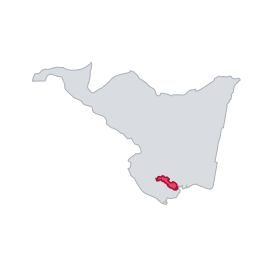 location of Moungo, Littoral, Cameroon, rotated 280°
{"feature_id": "32672807B47378783864223", "entity_name": "Moungo", "entity_type": "district", "adm_level": 2, "iso_a3": "CMR", "parent_name": "Cameroon", "parent_adm1": "Littoral", "projection": "albers", "projection_center": [9.759, 4.725], "detail": "fine", "context": "in_parent", "style": "filled", "palette": "rose", "viewbox_px": 256, "rotation_deg": 280, "n_neighbors": 0, "source": "geoboundaries", "source_scale": "gbopen_adm2", "svg_char_len": 5017}
<svg xmlns="http://www.w3.org/2000/svg" viewBox="0 0 256 256"><g transform="rotate(280 128 128)"><path d="M59.6,175.3L60.1,173.9L64.0,167.4L66.4,156.9L67.5,154.4L68.6,152.8L74.3,147.2L76.3,145.4L79.4,143.3L81.5,139.2L82.3,138.8L83.2,138.5L88.0,135.0L88.5,135.7L88.8,136.5L89.1,136.9L90.7,137.1L92.9,137.1L94.1,136.9L94.8,136.2L95.4,134.2L95.8,133.9L96.3,133.8L98.7,135.1L102.5,138.9L103.5,139.6L103.9,140.3L104.8,143.8L105.3,144.7L106.1,145.0L107.6,144.8L109.2,144.2L110.6,143.3L111.9,142.1L112.8,141.1L113.2,140.3L113.4,137.5L113.7,136.9L118.8,132.8L118.6,132.4L117.8,131.2L117.1,130.0L117.8,128.7L118.6,127.7L121.5,124.3L121.6,121.8L124.0,117.9L125.3,112.8L125.3,111.8L128.3,106.1L131.5,105.6L132.8,104.8L134.2,103.4L135.1,102.1L135.5,100.9L135.8,98.5L136.4,95.8L136.7,93.4L137.7,91.2L139.3,90.1L142.0,89.1L142.5,88.7L142.8,87.2L143.2,82.4L143.7,80.2L146.2,77.8L147.4,74.0L148.3,70.0L151.2,65.2L154.6,60.4L156.2,59.1L157.6,58.5L159.1,58.4L160.1,58.1L163.8,55.7L165.3,54.8L166.5,54.0L166.7,53.3L166.8,52.2L166.5,49.8L167.1,48.0L167.4,45.2L167.6,43.0L167.4,42.2L166.8,41.0L165.6,39.6L163.8,38.8L161.3,38.6L159.9,38.1L159.4,35.6L159.2,34.1L157.5,25.8L160.7,25.8L164.5,26.7L165.5,27.5L166.0,30.3L167.4,31.9L169.9,33.2L171.4,35.9L172.1,40.1L173.4,42.6L173.7,43.0L175.7,47.6L175.8,49.8L175.7,51.3L176.4,53.1L175.3,56.2L175.0,58.1L174.9,60.7L175.6,65.4L176.8,69.0L178.0,72.0L179.4,74.2L181.6,76.7L183.9,79.0L186.2,80.4L184.1,81.3L180.2,81.5L177.9,81.0L176.9,81.0L175.8,81.3L171.6,81.7L167.3,81.6L163.4,81.0L161.0,81.1L159.2,82.5L157.7,84.7L156.3,86.3L156.8,88.2L157.9,89.2L159.9,91.4L161.8,93.6L162.7,95.1L166.4,98.2L169.9,101.1L171.6,102.1L172.2,102.3L174.1,103.9L176.8,106.6L179.2,110.8L182.7,119.2L183.4,119.9L184.6,120.3L184.8,121.2L184.7,122.5L184.3,123.6L181.6,128.1L179.3,129.8L178.6,130.8L177.7,133.4L175.5,138.4L174.6,139.2L172.5,142.6L170.8,146.9L170.3,147.6L169.6,148.1L167.1,149.2L166.3,149.7L165.0,151.1L164.8,151.9L165.4,153.2L166.1,154.1L167.5,154.1L168.2,155.0L168.2,161.7L167.6,162.7L167.7,163.2L167.4,164.3L167.3,165.6L167.5,166.1L168.0,166.5L168.7,167.4L169.1,169.4L170.0,176.6L170.4,177.8L171.1,178.6L173.3,180.1L175.7,182.1L176.4,183.4L176.9,185.6L177.8,187.3L177.7,187.9L177.4,188.1L175.9,188.3L176.4,189.5L177.6,191.7L183.6,198.3L189.4,204.2L190.7,204.6L191.7,204.7L192.1,205.1L192.7,205.9L194.6,208.1L194.9,209.3L194.5,210.5L195.0,212.4L195.3,213.0L195.2,213.6L195.4,215.9L196.0,217.9L196.8,219.5L196.7,220.7L195.6,221.4L195.0,222.5L194.8,224.0L195.2,225.9L196.1,228.1L196.1,229.4L194.7,230.2L193.2,228.7L191.5,227.7L188.9,226.0L186.4,225.4L183.1,225.3L181.7,225.5L179.2,224.1L178.5,223.9L177.4,224.5L176.6,224.5L175.7,224.3L173.8,224.4L173.6,223.3L173.3,223.1L171.3,223.3L170.7,222.4L170.4,222.5L169.6,222.2L168.0,221.0L166.3,221.9L162.7,221.8L144.8,221.9L144.4,220.7L143.5,220.2L141.9,220.1L137.1,220.4L133.5,220.2L131.1,219.8L128.0,219.5L124.3,219.7L120.4,219.7L113.6,219.5L109.8,219.5L109.9,220.2L109.6,220.7L109.4,221.9L85.1,221.9L83.2,221.1L82.6,220.6L82.4,219.6L81.9,219.5L82.3,215.2L83.1,211.7L83.4,208.4L84.6,205.5L84.0,202.6L83.3,201.4L79.6,197.3L81.3,195.7L79.1,195.9L78.6,194.4L77.5,192.6L78.2,192.3L78.8,191.3L80.8,191.6L80.7,191.1L79.0,189.6L79.2,188.8L79.9,187.9L79.6,187.6L78.3,188.4L77.4,188.4L76.7,187.8L76.2,187.7L76.5,188.9L75.8,190.0L75.2,190.3L74.0,190.3L73.1,190.0L72.9,189.4L72.0,189.0L69.6,188.2L67.5,187.3L67.1,184.8L66.3,183.7L66.0,182.5L65.8,181.1L66.1,179.0L65.6,178.6L65.0,178.5L64.1,178.6L63.3,178.5L62.3,177.3L61.4,176.8L62.0,179.0L61.4,179.6L59.9,179.4L59.3,178.6L59.2,178.0L59.8,175.4L59.6,175.3Z" fill="#d9dde1" stroke="#a8b0b8" stroke-width="1"/><path d="M76.5,187.0L76.8,187.2L77.1,187.2L77.6,187.1L78.3,187.1L78.4,186.9L78.7,186.7L78.9,186.3L81.1,185.7L81.4,185.0L81.7,184.4L82.1,184.0L82.5,182.9L82.8,182.0L82.7,181.3L81.9,181.0L81.5,180.6L81.4,180.3L81.5,179.2L81.8,178.6L82.0,178.1L82.2,177.9L82.4,177.7L82.6,177.4L82.6,177.2L82.9,176.9L83.3,176.4L83.6,176.3L83.8,176.6L84.0,177.0L84.2,177.3L84.5,177.5L84.8,177.5L85.3,176.8L85.7,176.0L86.1,175.5L86.2,175.1L86.3,174.8L86.3,174.7L86.2,174.3L85.8,173.7L85.8,172.9L86.1,172.2L86.3,171.8L86.7,171.5L86.7,171.4L86.9,171.3L86.8,170.9L86.8,170.0L85.8,169.7L85.3,168.5L85.6,167.9L85.6,167.6L85.6,167.3L85.6,167.2L85.2,166.3L84.8,165.9L84.3,165.9L84.0,165.9L83.6,166.2L83.4,166.2L83.0,166.1L82.9,165.8L83.0,165.4L83.2,164.5L82.6,164.5L82.4,164.7L82.0,165.4L81.7,165.5L81.1,165.4L81.0,165.7L81.2,166.4L81.5,167.6L82.2,168.1L83.0,169.6L82.9,169.9L82.3,169.9L82.1,170.0L81.4,171.5L81.4,171.9L81.9,172.2L81.9,172.4L81.9,172.5L81.1,173.3L80.4,174.1L80.2,175.2L79.1,176.5L79.2,177.2L78.7,177.4L78.0,177.2L77.7,177.8L77.3,178.3L77.0,178.9L76.9,179.0L76.8,179.5L76.4,179.9L76.4,180.5L76.4,180.8L76.6,181.4L76.3,181.9L76.2,182.0L76.1,182.3L76.0,182.5L75.9,182.6L75.8,182.8L75.6,183.2L75.4,183.4L75.2,184.2L75.1,184.9L75.1,185.2L75.6,185.3L75.8,185.5L76.6,185.4L76.9,185.3L77.1,185.4L77.0,185.8L77.2,186.1L77.3,186.3L77.2,186.5L77.0,186.9L76.8,187.0L76.5,187.0Z" fill="#f43f5e" stroke="#9f1239" stroke-width="1.5"/></g></svg>